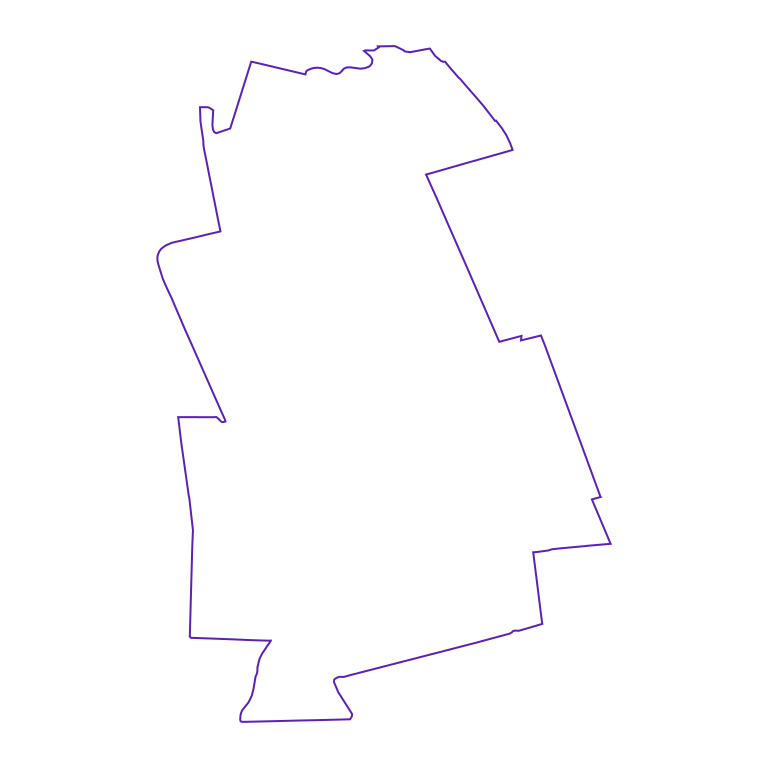 outline of Surdila-Gaiseanca, Braila, Romania
{"feature_id": "2599482B95731435419780", "entity_name": "Surdila-Gaiseanca", "entity_type": "district", "adm_level": 2, "iso_a3": "ROU", "parent_name": "Romania", "parent_adm1": "Braila", "projection": "natural_earth1", "projection_center": [27.332, 45.064], "detail": "fine", "context": "isolated", "style": "outline", "palette": "violet", "viewbox_px": 768, "rotation_deg": 0, "n_neighbors": 0, "source": "geoboundaries", "source_scale": "gbopen_adm2", "svg_char_len": 2953}
<svg xmlns="http://www.w3.org/2000/svg" viewBox="0 0 768 768"><path d="M242.7,721.9L276.4,721.1L299.7,720.5L315.0,720.2L322.9,720.0L350.1,719.3L351.9,716.3L352.1,714.0L338.2,692.1L333.9,681.8L334.2,679.8L334.9,678.9L337.0,677.7L338.4,677.2L339.2,676.9L340.3,676.8L341.1,676.8L342.0,676.9L342.9,677.0L344.4,676.8L351.1,674.9L452.5,648.8L464.0,645.8L475.4,642.9L492.7,638.2L500.1,636.2L504.2,635.1L509.5,633.7L511.7,632.5L513.0,631.1L515.0,630.6L517.4,630.7L518.7,630.8L523.6,629.4L539.9,624.6L542.3,623.9L542.0,622.2L534.7,564.1L533.2,552.3L538.5,551.8L548.7,550.4L551.7,549.3L561.9,548.2L562.1,548.2L586.0,546.0L586.3,545.9L610.6,543.8L591.9,499.4L600.6,497.0L600.5,496.9L582.7,448.3L567.4,406.6L545.3,346.5L541.0,335.5L521.0,340.4L521.5,335.9L499.3,341.8L498.8,340.7L464.2,261.0L458.2,247.4L453.4,236.4L448.9,226.2L437.7,200.5L426.6,175.7L426.1,174.5L431.3,173.1L464.8,163.5L511.0,150.4L512.6,149.9L510.2,143.3L506.3,135.1L501.8,128.1L496.0,120.6L495.0,120.9L484.1,106.7L477.7,99.2L465.4,85.1L460.1,78.8L459.0,78.1L449.2,66.8L445.1,61.7L443.5,61.8L441.7,61.2L440.8,60.8L435.1,55.9L429.9,48.6L428.2,48.8L410.1,52.2L404.7,51.4L403.5,50.2L395.0,46.1L378.0,46.4L378.7,47.4L373.9,50.5L365.3,50.4L364.0,50.9L370.0,56.1L372.4,59.5L372.0,63.2L370.3,65.6L369.1,66.6L364.7,68.2L360.4,68.7L354.6,67.9L349.8,67.3L346.3,67.5L343.6,68.9L341.8,71.1L339.4,73.3L336.5,74.0L332.7,73.2L328.8,71.3L328.4,71.1L328.0,70.9L324.4,69.1L320.6,68.0L317.0,67.7L313.6,68.0L310.3,69.0L307.0,70.5L306.1,71.7L305.4,74.4L298.2,72.7L291.0,71.0L266.2,65.1L252.4,61.9L251.7,61.8L251.2,61.7L241.9,91.4L233.3,118.7L230.2,128.5L216.2,133.2L214.3,132.2L213.0,129.7L212.4,125.3L213.2,110.3L209.9,108.1L208.0,107.2L200.0,107.2L200.0,108.2L200.1,110.3L200.3,116.6L200.4,120.9L201.7,130.1L203.1,139.2L203.2,140.0L203.3,140.9L203.5,145.6L204.0,148.8L207.7,167.3L209.5,176.6L211.4,185.9L214.0,199.3L214.5,201.6L218.1,219.9L220.1,229.6L220.5,231.4L206.7,234.6L195.6,237.3L177.9,241.4L175.0,242.0L173.5,242.4L171.6,242.9L170.2,243.4L169.1,244.0L166.8,244.9L165.2,245.8L162.5,247.8L161.1,249.0L159.4,251.2L157.8,254.9L157.6,256.0L157.5,256.7L157.4,258.2L157.4,259.8L157.7,261.8L158.7,265.6L162.8,278.8L166.5,287.3L171.8,298.6L184.1,327.4L185.8,331.3L192.9,347.2L213.1,393.0L225.0,419.8L225.5,421.4L223.5,422.0L222.5,422.1L221.8,421.9L220.7,421.2L219.9,420.3L219.2,419.6L218.8,419.1L218.3,418.7L217.4,417.9L216.3,417.0L213.2,417.2L208.7,417.2L178.2,417.1L181.2,442.3L188.7,495.2L189.3,498.1L193.0,530.6L192.9,531.7L192.3,545.5L190.9,596.5L189.8,636.8L190.9,637.8L204.8,638.3L229.2,639.2L252.6,640.2L269.7,640.7L270.8,640.6L270.7,641.1L266.4,647.2L265.2,649.1L262.3,653.3L261.1,655.6L259.7,658.4L258.7,661.8L258.0,665.4L257.5,666.9L257.4,669.2L257.4,671.0L256.9,673.6L255.5,676.8L254.7,681.9L253.5,688.9L251.9,695.3L249.9,699.7L248.3,702.7L247.4,703.8L242.0,710.5L241.6,711.6L241.2,712.7L240.5,715.3L240.2,719.6L240.6,721.3L241.6,721.6L242.7,721.9Z" fill="none" stroke="#5b21b6" stroke-width="2"/></svg>